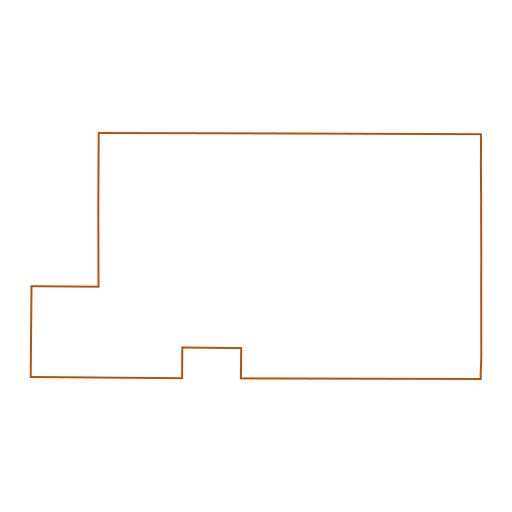 the district of Mahoning, Ohio, United States of America
{"feature_id": "52423323B65372362934971", "entity_name": "Mahoning", "entity_type": "district", "adm_level": 2, "iso_a3": "USA", "parent_name": "United States of America", "parent_adm1": "Ohio", "projection": "orthographic", "projection_center": [-80.66, 41.017], "detail": "fine", "context": "isolated", "style": "outline", "palette": "amber", "viewbox_px": 512, "rotation_deg": 0, "n_neighbors": 0, "source": "geoboundaries", "source_scale": "gbopen_adm2", "svg_char_len": 505}
<svg xmlns="http://www.w3.org/2000/svg" viewBox="0 0 512 512"><path d="M31.5,286.2L30.7,377.0L182.1,378.2L182.3,347.5L241.2,348.1L240.9,378.4L480.8,379.0L480.8,378.6L480.7,376.8L480.7,372.4L481.3,357.3L481.2,287.6L481.2,279.1L481.3,258.2L481.1,209.7L481.2,199.8L481.1,198.9L481.1,195.6L481.0,188.1L481.0,179.1L480.9,168.5L480.9,163.7L481.0,152.6L481.0,143.0L481.0,142.9L480.9,134.3L480.9,134.2L267.0,133.4L98.7,133.0L98.3,208.7L98.5,286.7L31.5,286.2Z" fill="none" stroke="#b45309" stroke-width="2"/></svg>